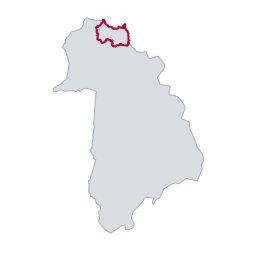 Kenedougou, Kénédougou, Burkina Faso shown in context, rotated 95°
{"feature_id": "67063806B9375485614542", "entity_name": "Kenedougou", "entity_type": "district", "adm_level": 2, "iso_a3": "BFA", "parent_name": "Burkina Faso", "parent_adm1": "Kénédougou", "projection": "albers", "projection_center": [-4.927, 11.414], "detail": "fine", "context": "in_parent", "style": "outline", "palette": "rose", "viewbox_px": 256, "rotation_deg": 95, "n_neighbors": 0, "source": "geoboundaries", "source_scale": "gbopen_adm2", "svg_char_len": 7172}
<svg xmlns="http://www.w3.org/2000/svg" viewBox="0 0 256 256"><g transform="rotate(95 128 128)"><path d="M194.8,161.5L187.9,161.9L185.4,162.7L183.8,162.7L183.8,162.1L183.6,161.7L174.8,159.7L168.6,158.6L162.4,157.3L162.1,158.6L161.2,159.5L159.9,159.6L158.9,159.4L158.3,160.4L157.3,161.7L155.9,162.4L154.5,163.3L153.7,164.0L153.1,164.0L151.7,162.3L149.8,162.2L146.2,162.5L144.6,162.1L142.5,161.9L137.3,162.3L129.1,161.7L127.8,162.1L127.5,162.4L119.4,162.6L110.4,162.8L103.0,162.9L96.4,163.0L96.4,162.7L94.3,162.7L94.1,163.3L92.3,170.1L92.1,173.9L93.1,176.2L94.2,177.6L95.5,178.2L95.6,179.1L94.6,180.1L94.7,181.2L95.9,182.4L96.2,183.5L95.6,184.8L95.8,187.8L96.7,192.5L96.7,195.6L95.9,197.0L96.3,199.5L98.0,202.8L98.3,204.3L97.7,205.0L96.4,205.9L95.0,205.8L93.4,203.8L92.7,202.9L91.4,200.8L90.3,198.7L88.8,197.8L87.4,196.9L85.6,194.3L83.9,193.0L82.1,193.4L79.5,192.9L74.2,192.3L68.6,192.5L66.2,193.1L63.9,194.1L58.0,196.3L55.7,197.3L53.9,200.0L51.9,199.9L49.9,199.1L48.7,197.9L46.0,198.1L43.4,197.0L40.9,194.6L39.0,193.9L36.7,192.2L36.0,189.0L34.5,186.8L33.2,183.7L31.1,182.3L28.8,181.5L25.5,181.7L23.4,180.4L21.7,178.6L22.2,177.0L23.0,174.8L23.0,172.6L23.6,169.1L23.3,164.7L22.7,161.7L24.5,160.4L26.5,159.3L27.8,157.2L29.1,152.5L29.7,148.5L29.3,147.0L28.6,145.8L28.1,144.1L27.8,142.0L28.1,140.1L29.7,138.4L31.7,137.0L33.0,136.3L36.7,135.6L41.3,134.5L44.0,133.3L45.9,132.1L47.0,131.2L48.1,129.2L49.8,127.7L51.2,126.1L51.4,121.9L51.4,119.4L50.4,118.1L49.8,117.0L56.6,113.6L56.6,111.3L55.7,108.6L54.3,106.5L53.8,104.7L55.7,102.6L57.4,100.9L58.6,99.6L61.2,97.5L64.0,96.9L66.5,97.7L74.0,102.6L75.2,102.9L76.8,102.5L78.7,101.2L81.3,100.2L82.2,96.9L82.1,92.0L82.6,89.8L84.0,89.4L88.2,90.3L89.3,90.3L90.6,90.0L91.5,89.2L91.4,87.6L91.2,86.2L92.6,81.7L95.1,78.3L100.2,74.1L101.7,73.2L103.6,72.8L112.8,75.6L114.3,74.8L116.4,67.6L118.9,66.9L121.9,66.8L123.8,66.1L124.8,65.6L129.1,62.9L136.8,59.1L140.9,57.4L141.7,56.8L144.6,54.1L148.5,51.1L151.0,50.4L154.4,50.1L156.6,50.6L157.2,51.5L157.9,51.9L162.4,50.5L168.9,52.5L174.5,54.4L174.2,55.7L174.2,57.9L173.8,61.5L173.3,65.7L175.6,68.5L178.4,71.4L179.2,72.5L178.5,75.5L179.1,77.2L180.6,80.0L183.1,83.6L185.8,87.3L187.6,87.7L189.2,88.0L190.3,88.7L191.8,89.3L193.3,89.7L194.6,90.5L195.4,91.2L196.6,93.5L199.5,95.0L201.5,96.4L200.7,97.2L198.2,97.0L195.8,96.4L195.5,97.5L195.5,101.7L196.0,105.2L196.5,105.7L198.9,106.3L204.7,110.7L209.9,114.9L211.7,116.0L214.5,116.4L217.7,116.5L219.1,116.1L222.1,113.8L223.7,113.5L225.3,113.6L226.1,113.9L227.6,115.6L229.1,118.3L229.5,120.3L229.4,121.3L228.9,121.7L226.4,122.3L225.3,122.7L225.1,123.3L225.5,124.7L226.0,125.5L228.9,129.3L233.0,134.4L234.3,135.8L233.6,137.3L231.7,141.5L230.2,143.2L223.6,149.2L220.3,148.6L213.4,149.9L212.3,148.6L210.7,148.4L208.7,148.7L208.0,149.2L207.8,149.8L207.1,150.6L205.8,152.9L204.9,153.5L203.6,153.9L202.1,153.9L201.3,154.2L201.3,155.4L201.0,156.4L200.0,156.9L199.6,158.0L199.7,159.1L199.1,159.6L197.8,159.3L197.0,159.1L196.3,160.5L195.4,161.5L194.8,161.5Z" fill="#d9dde1" stroke="#a8b0b8" stroke-width="1"/><path d="M43.5,134.4L43.5,134.6L43.3,135.2L43.1,135.5L42.7,135.4L42.2,135.2L41.6,135.2L41.1,135.1L40.5,135.2L40.4,135.2L40.2,135.0L40.2,134.9L40.0,135.1L39.7,135.0L39.4,135.2L39.1,135.4L38.9,135.4L38.6,135.3L38.4,135.3L38.0,135.4L37.1,135.4L37.0,135.5L36.7,135.6L36.4,135.6L36.2,135.8L35.7,135.8L35.3,135.9L34.9,135.9L34.5,135.9L34.2,136.0L33.9,136.0L33.8,135.9L33.7,136.0L33.4,136.2L32.9,136.4L32.5,136.5L32.1,136.8L31.9,136.8L31.7,136.8L31.6,137.2L31.5,137.3L31.3,137.2L31.1,137.3L31.0,137.6L30.9,137.9L30.8,138.0L30.7,138.0L30.2,138.3L30.1,138.5L29.9,138.7L29.5,139.0L29.3,139.0L29.2,139.2L29.0,139.4L29.1,139.5L28.8,139.7L28.7,139.9L28.4,139.8L28.3,139.7L28.3,139.4L28.2,139.4L27.7,139.6L27.6,139.8L27.2,139.8L27.1,139.7L26.9,139.9L26.4,140.2L26.2,140.2L25.9,139.9L25.7,139.9L25.6,139.7L25.4,139.8L25.2,139.9L24.9,140.0L24.9,140.3L25.1,140.4L25.2,140.5L25.3,140.5L25.4,140.4L25.5,140.4L25.6,140.5L25.8,140.6L25.9,140.8L26.1,140.8L26.3,141.0L26.3,140.9L26.4,140.7L26.5,140.8L26.8,140.9L27.2,141.1L27.4,141.1L27.5,141.3L27.8,141.3L28.0,141.6L27.9,141.7L28.2,142.0L28.3,142.0L28.5,141.9L28.8,141.9L28.7,142.1L28.8,142.4L28.8,142.5L28.6,142.8L28.6,143.0L28.5,143.4L28.6,143.9L28.6,144.0L28.5,144.4L28.1,145.0L27.8,145.7L27.8,145.9L28.0,146.1L28.2,146.3L28.4,146.3L29.2,146.2L29.4,146.3L29.6,146.5L29.9,146.8L29.9,147.2L30.0,147.5L30.1,147.8L30.4,148.2L30.4,148.3L30.1,148.8L30.2,149.6L30.1,150.0L30.2,150.4L30.4,150.6L30.4,150.9L30.5,151.0L30.3,151.4L30.2,151.7L30.1,152.0L29.6,152.3L29.3,152.5L28.9,152.7L28.7,153.0L28.7,153.3L28.7,153.7L28.8,155.3L28.8,155.6L28.7,156.0L28.6,156.4L28.2,156.8L27.4,157.2L27.0,157.4L26.9,157.9L26.9,158.1L26.8,158.6L26.7,159.1L26.5,159.3L26.1,159.6L25.3,160.2L24.9,160.3L23.5,160.6L23.3,160.6L23.2,160.7L22.7,160.9L22.5,161.1L22.6,162.2L22.6,162.3L23.9,162.2L24.2,162.2L24.7,162.3L24.8,162.4L25.4,162.8L25.2,162.8L25.3,163.0L25.9,163.6L26.5,163.9L26.9,164.1L27.3,164.3L27.7,164.5L28.5,165.0L28.7,165.3L28.7,165.5L28.8,165.8L28.8,166.2L28.9,166.9L29.1,166.8L29.4,166.6L29.6,166.6L29.8,166.6L30.0,166.8L30.0,167.4L30.0,167.6L30.2,167.9L30.2,168.1L30.5,168.4L30.6,168.6L30.8,168.6L31.5,168.3L31.8,168.2L32.0,168.1L32.3,167.9L32.6,167.8L32.9,167.7L33.2,167.6L33.5,167.6L33.8,167.6L34.1,167.7L34.3,167.7L34.5,167.6L34.8,167.5L35.0,167.4L35.5,167.3L35.9,167.4L36.0,167.3L36.0,167.2L36.1,166.9L36.3,166.6L36.5,166.2L36.8,165.9L37.1,165.8L37.4,165.9L37.7,166.1L37.8,166.2L37.9,166.3L37.9,166.2L38.0,166.2L38.5,166.2L39.0,166.2L39.3,166.1L39.3,166.3L39.5,166.3L39.8,166.2L40.5,166.1L40.8,166.2L41.0,166.2L41.8,166.2L42.1,166.3L42.3,166.2L42.3,165.7L42.5,165.6L42.9,165.2L43.0,165.1L43.0,164.8L42.9,164.6L42.7,164.0L42.6,163.8L42.6,163.2L42.9,163.0L43.2,162.9L43.3,162.8L43.4,162.7L43.8,162.7L44.0,162.6L44.2,162.4L44.5,162.2L44.9,162.1L45.0,162.1L45.5,161.8L45.4,161.5L45.4,161.4L45.5,160.9L45.2,160.4L45.1,159.8L45.0,159.7L44.7,159.3L44.4,159.1L44.0,158.8L44.0,158.7L44.0,158.4L44.0,158.2L43.9,158.2L43.6,158.0L43.6,157.9L43.2,157.9L42.9,157.9L42.8,157.7L42.7,157.7L42.5,157.4L42.4,157.4L42.3,157.2L42.1,157.3L41.8,157.3L41.8,157.2L41.6,157.0L41.6,156.9L41.6,156.7L41.3,156.5L41.2,156.4L41.2,156.0L41.1,155.9L41.3,155.7L41.6,155.3L42.1,154.2L42.1,153.5L42.1,153.1L42.2,152.9L42.3,152.8L42.3,152.7L42.5,152.5L42.6,152.4L42.8,152.2L42.7,152.1L42.8,152.1L43.0,151.9L43.0,151.7L43.1,151.8L43.1,151.7L43.2,151.4L43.3,151.4L43.5,151.4L43.8,151.3L43.9,151.1L44.1,151.1L44.2,150.9L44.4,150.8L44.8,150.7L45.0,150.4L45.3,150.5L45.5,150.6L45.6,150.8L45.7,151.0L45.8,151.2L45.8,151.3L46.0,151.3L46.5,151.2L47.0,151.0L47.0,150.7L47.1,150.4L47.3,150.2L47.6,150.1L47.8,149.7L47.9,149.4L47.9,149.2L47.8,148.8L47.9,148.5L48.0,147.8L48.0,147.5L47.9,147.4L47.1,146.9L46.9,146.7L46.6,146.5L46.5,146.2L46.5,145.1L46.5,144.9L46.6,144.3L46.6,144.2L46.2,143.8L45.9,143.8L45.7,143.7L45.4,143.7L45.0,143.5L44.9,143.5L44.9,143.4L44.9,143.2L44.9,142.5L44.9,142.3L44.9,142.2L45.0,142.2L45.3,142.3L45.6,142.3L45.8,142.0L46.1,141.8L45.8,140.8L45.7,140.1L45.7,139.8L45.8,139.4L45.9,138.7L46.0,138.3L46.0,138.1L45.6,136.5L45.4,135.8L45.4,135.4L45.5,135.4L45.3,135.2L44.5,134.8L44.1,134.5L43.8,134.4L43.5,134.4Z" fill="none" stroke="#9f1239" stroke-width="2"/></g></svg>